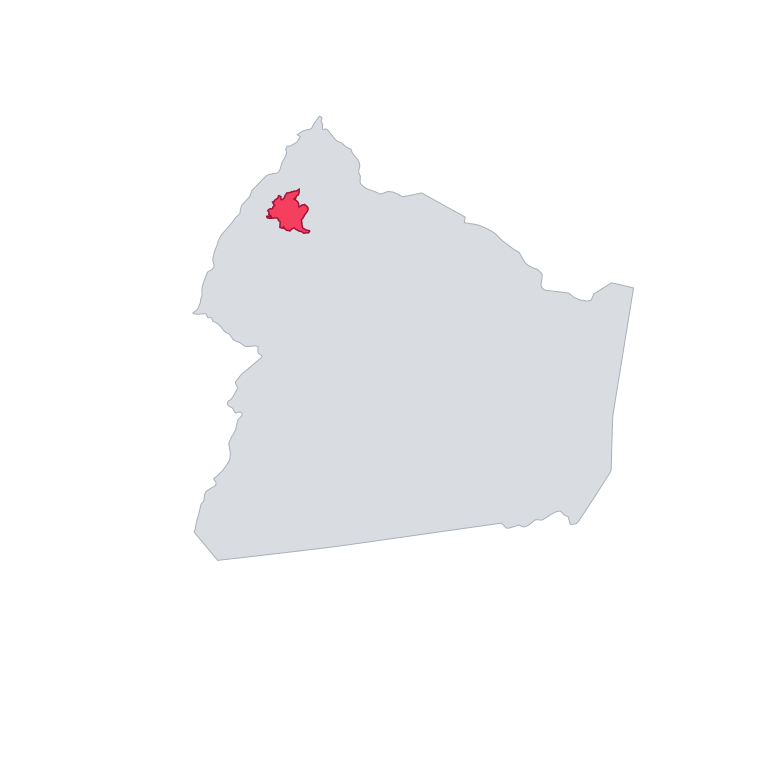 location of M'Sila within Algeria, rotated 314°
{"feature_id": "DZA-2214", "entity_name": "M'Sila", "entity_type": "Province", "adm_level": 1, "iso_a3": "DZA", "parent_name": "Algeria", "parent_adm1": "", "projection": "orthographic", "projection_center": [4.266, 35.131], "detail": "fine", "context": "in_parent", "style": "filled", "palette": "rose", "viewbox_px": 768, "rotation_deg": 314, "n_neighbors": 0, "source": "natural_earth", "source_scale": "10m", "svg_char_len": 7361}
<svg xmlns="http://www.w3.org/2000/svg" viewBox="0 0 768 768"><g transform="rotate(314 384 384)"><path d="M531.8,151.6L532.3,153.0L532.5,154.3L530.6,155.6L529.3,156.3L527.9,159.8L525.0,162.2L524.6,162.9L524.6,163.5L526.6,164.5L527.3,165.4L527.7,166.7L527.0,171.5L526.1,179.9L526.2,181.7L527.0,183.8L527.8,185.5L528.1,187.4L528.1,192.1L529.1,194.7L530.0,197.2L528.3,200.4L527.7,203.2L527.4,207.2L527.3,209.7L526.2,212.0L524.8,214.3L523.2,215.7L521.1,216.9L518.8,218.5L517.0,222.7L512.9,226.2L512.0,227.4L511.7,230.2L512.0,233.9L512.8,236.9L515.0,241.3L516.9,246.1L517.5,248.6L518.2,249.5L520.8,251.0L525.2,253.0L526.0,253.9L528.3,257.2L530.6,263.1L531.4,267.1L539.4,272.9L547.1,277.9L547.7,278.8L552.5,296.9L554.2,303.3L560.5,326.5L558.3,327.9L555.9,329.7L557.9,332.8L561.6,337.8L564.0,341.8L564.8,343.6L566.7,348.7L568.3,353.6L568.7,355.2L569.4,359.0L569.3,369.7L570.9,383.1L572.5,389.7L570.7,395.9L569.2,401.8L569.4,404.7L570.6,409.1L571.7,412.4L573.1,414.1L573.1,419.8L572.7,421.8L568.7,425.0L564.3,428.0L563.1,430.3L562.9,432.9L563.5,434.9L577.4,453.3L577.9,455.1L578.3,460.5L580.8,467.1L583.3,469.9L584.2,472.0L586.0,473.5L587.7,474.6L588.7,474.6L594.5,472.4L604.7,474.8L614.3,477.2L615.1,477.7L621.1,487.6L626.4,496.8L520.3,570.5L508.4,581.1L480.3,606.8L478.1,608.0L440.5,615.6L420.9,619.2L419.9,619.4L418.8,619.5L418.0,619.4L416.3,618.8L414.3,617.2L412.9,616.4L412.6,615.3L413.4,613.7L414.4,612.3L414.8,611.2L415.5,610.4L416.3,609.7L416.4,608.7L415.7,607.1L415.1,604.9L415.1,600.9L415.1,599.1L413.3,597.6L409.9,595.8L406.8,594.8L405.4,594.4L402.0,593.8L397.2,592.6L395.5,591.9L392.5,588.1L391.0,587.1L383.8,586.3L381.5,585.6L379.5,584.7L377.9,583.5L377.0,581.4L376.7,579.7L376.1,578.9L368.3,574.7L366.3,573.3L365.3,572.0L365.3,570.1L365.6,567.8L365.3,565.7L365.0,564.7L232.8,461.6L225.9,456.0L210.4,443.4L141.6,386.9L145.3,352.3L145.6,350.6L146.1,349.9L148.5,348.9L152.4,346.4L153.9,345.3L155.7,344.2L162.1,341.0L163.4,340.1L169.7,336.3L171.1,335.8L174.3,335.7L175.7,335.0L177.6,333.4L180.4,331.6L182.1,330.8L182.6,330.7L183.6,330.7L188.9,331.9L191.1,332.6L193.8,333.3L194.7,333.1L195.4,332.6L196.6,331.2L197.0,329.5L197.2,328.0L197.4,327.4L197.9,327.1L199.1,327.4L200.6,327.7L203.8,328.0L204.9,327.9L208.6,328.0L213.8,327.5L221.3,326.0L225.0,323.7L227.8,321.1L230.8,317.2L233.2,313.7L237.6,311.9L241.3,310.8L243.3,310.5L248.1,309.0L256.1,304.0L262.4,303.7L263.3,303.3L264.2,302.4L264.4,300.7L263.4,299.4L262.2,298.7L261.3,297.9L260.4,297.7L260.0,296.8L260.4,295.4L260.6,294.0L261.3,292.6L261.3,290.7L260.5,288.6L260.3,287.2L260.5,285.8L261.0,284.7L262.4,284.1L263.9,284.0L266.0,284.5L269.7,284.3L279.3,281.6L280.0,280.6L280.7,278.3L281.5,276.3L282.6,275.7L283.1,275.6L290.7,274.8L292.4,274.8L306.3,276.3L318.3,277.4L319.4,277.0L319.4,275.5L318.8,272.7L319.4,271.0L321.2,269.4L323.4,267.7L322.5,265.5L320.9,263.9L318.6,262.0L317.4,261.2L315.4,259.0L314.2,256.5L313.6,251.3L312.1,248.3L311.1,244.7L312.5,238.3L311.2,234.2L311.1,232.5L311.2,230.5L311.8,227.1L311.8,222.2L310.3,217.0L311.2,215.4L311.7,214.5L311.6,213.7L310.0,212.0L309.4,210.7L309.9,209.5L310.8,207.7L310.8,207.0L308.2,204.6L304.0,200.8L302.8,199.1L302.3,197.1L306.6,197.9L308.8,197.8L314.1,195.8L318.3,192.9L321.6,191.5L324.5,188.2L327.2,186.1L330.9,184.0L341.6,179.4L343.2,179.5L346.6,180.8L349.6,180.6L351.7,178.9L354.1,174.7L357.6,172.2L362.0,169.8L367.9,167.5L371.8,165.3L377.9,163.5L393.1,162.7L400.9,161.7L406.1,162.1L411.5,158.5L414.2,157.4L425.7,157.2L431.2,154.6L451.7,154.6L454.3,155.5L456.7,156.9L461.0,160.3L463.1,161.0L465.8,160.3L472.1,156.9L479.2,155.1L483.0,153.1L484.6,150.2L487.9,149.1L489.9,151.2L497.3,153.3L501.8,152.5L503.8,151.8L503.0,148.5L507.8,149.3L511.5,150.7L515.5,153.7L518.0,154.3L522.5,152.7L531.8,151.6Z" fill="#d9dde1" stroke="#a8b0b8" stroke-width="1"/><path d="M458.2,183.9L458.3,184.2L458.5,184.3L458.8,184.6L459.2,184.9L460.7,185.5L460.8,185.7L461.0,186.2L461.3,186.5L461.9,186.9L465.2,187.7L462.7,189.9L462.1,190.3L461.6,190.4L460.8,190.9L460.4,191.0L460.1,190.9L459.7,190.7L459.4,190.6L458.1,190.6L457.6,190.7L457.2,190.8L457.1,191.0L456.9,191.2L456.8,191.3L456.3,191.5L456.0,191.5L455.7,191.3L455.3,190.8L455.1,190.6L454.9,190.5L454.7,190.5L454.5,191.0L454.9,192.5L455.0,193.5L455.1,194.4L455.0,195.1L454.8,196.5L454.6,196.9L454.3,197.5L453.6,198.2L452.8,199.0L452.5,199.4L452.4,199.6L452.4,199.9L452.5,200.0L452.8,200.2L454.5,200.4L455.0,200.5L455.6,200.6L456.0,200.9L456.5,201.2L456.7,201.3L456.8,201.5L457.1,202.0L457.3,202.1L457.5,202.2L457.8,202.2L458.0,202.2L458.2,206.0L458.1,206.5L457.8,207.0L457.3,207.7L456.4,208.3L455.8,208.6L453.6,209.1L453.3,209.1L452.9,209.1L452.6,209.1L452.1,209.3L451.7,209.3L451.1,209.2L450.8,209.3L448.9,210.0L448.0,210.1L447.1,210.4L446.7,210.5L445.8,210.3L445.4,210.3L445.0,210.4L444.6,210.7L444.2,211.1L443.5,212.1L443.2,212.6L441.6,214.3L441.2,214.8L441.0,215.4L440.7,215.9L439.9,216.9L439.6,217.3L439.7,217.7L439.8,218.0L440.0,218.2L440.1,218.5L440.6,220.8L440.9,221.3L441.4,222.1L441.8,222.9L442.0,223.2L442.3,223.5L442.5,223.8L442.5,224.1L442.4,224.3L442.1,224.4L441.8,224.5L440.3,224.6L439.9,224.4L439.3,223.5L439.0,223.2L437.1,221.9L436.7,221.4L436.5,220.9L436.5,220.5L436.5,220.0L436.5,219.6L436.4,219.1L436.3,218.7L435.2,217.1L434.9,216.4L434.0,213.0L433.9,212.5L433.9,212.0L433.9,211.2L433.9,210.9L433.8,210.7L433.6,210.6L430.4,209.9L430.0,209.9L429.3,210.1L428.9,210.1L428.6,209.9L428.3,209.5L428.2,209.1L428.2,208.8L428.1,208.5L428.0,208.3L427.6,208.0L427.3,207.7L427.0,207.4L426.9,207.0L426.9,206.7L426.9,206.4L427.0,205.9L427.0,205.6L426.9,205.3L426.6,204.7L426.5,204.4L426.5,204.2L426.6,203.9L426.8,203.6L427.0,203.4L427.2,203.1L427.3,202.9L427.3,202.6L427.1,202.6L426.8,202.6L426.0,203.0L425.8,203.0L425.6,202.9L425.4,202.6L424.4,200.5L424.4,200.2L428.3,196.9L428.5,196.6L428.6,196.3L428.6,196.0L428.4,195.0L428.4,194.6L428.4,194.3L428.6,194.1L428.8,193.9L428.9,193.6L429.1,193.3L429.2,192.9L429.2,192.5L429.2,192.0L429.1,191.6L428.9,191.4L426.3,188.9L425.8,188.5L425.5,188.3L424.0,187.0L423.7,186.7L422.5,184.6L422.8,183.5L423.0,183.3L423.2,183.2L423.4,183.2L423.6,183.4L424.7,184.8L424.9,185.3L425.1,185.7L425.3,186.1L425.6,186.4L426.0,186.7L426.3,186.2L426.3,185.3L426.3,184.9L426.2,184.6L425.9,183.9L425.9,183.5L426.0,183.2L426.4,182.8L427.3,182.5L427.4,182.4L427.5,181.9L427.8,181.5L427.9,181.2L428.0,181.0L427.9,180.5L427.8,180.1L429.5,179.9L430.1,180.0L430.6,180.4L430.9,180.6L431.2,180.7L431.4,180.8L431.6,181.0L431.8,181.3L432.1,181.6L432.6,181.8L433.0,181.8L433.4,181.6L434.2,181.2L434.5,181.0L434.8,181.0L435.1,181.1L435.9,181.5L436.2,181.6L436.5,181.5L436.6,181.3L436.6,180.9L436.6,180.5L436.7,179.5L437.5,177.4L437.9,177.6L438.0,177.7L438.0,177.9L438.1,178.1L438.6,178.3L438.9,178.3L439.1,178.2L439.4,177.9L439.7,177.8L440.3,177.7L443.1,178.3L443.8,178.4L444.3,178.4L444.8,178.1L445.6,177.6L446.0,177.4L446.3,177.4L446.4,177.5L446.5,177.6L446.6,177.8L446.7,178.3L446.8,178.8L446.9,179.0L447.1,179.3L447.2,179.5L447.3,179.7L447.2,179.8L446.9,179.8L446.5,179.9L446.4,180.0L446.2,180.5L445.9,181.0L445.3,181.6L445.2,181.8L445.3,182.1L445.7,182.6L446.0,182.7L446.4,182.8L448.5,182.8L449.0,182.8L449.4,182.6L451.1,181.9L451.7,181.7L452.0,181.7L452.8,181.6L453.6,181.5L453.9,181.4L454.2,181.5L454.4,181.7L454.9,182.4L455.0,182.6L455.3,182.7L455.5,182.8L455.9,182.9L456.1,183.0L456.5,183.4L457.0,183.8L457.4,183.9L458.2,183.9Z" fill="#f43f5e" stroke="#9f1239" stroke-width="1.5"/></g></svg>